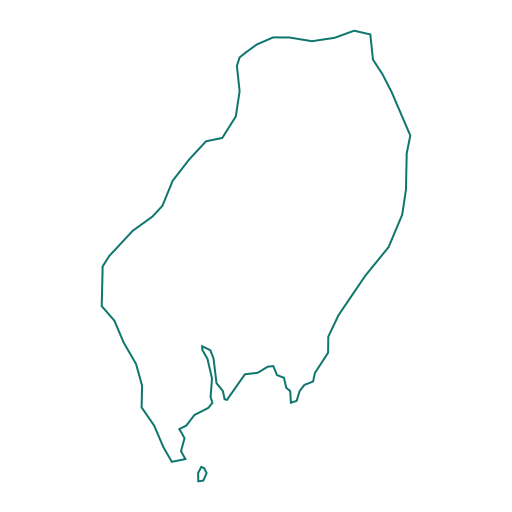 Hamhung City, Hamgyŏng-namdo, North Korea (orthographic projection)
{"feature_id": "82179303B86824596043159", "entity_name": "Hamhung City", "entity_type": "district", "adm_level": 2, "iso_a3": "PRK", "parent_name": "North Korea", "parent_adm1": "Hamgyŏng-namdo", "projection": "orthographic", "projection_center": [127.611, 39.908], "detail": "fine", "context": "isolated", "style": "outline", "palette": "teal", "viewbox_px": 512, "rotation_deg": 0, "n_neighbors": 0, "source": "geoboundaries", "source_scale": "gbopen_adm2", "svg_char_len": 1217}
<svg xmlns="http://www.w3.org/2000/svg" viewBox="0 0 512 512"><path d="M406.5,163.9L406.7,153.5L410.3,135.5L401.0,113.9L391.7,92.2L382.4,74.1L373.0,59.7L370.3,34.4L364.9,33.2L354.2,30.7L334.6,37.8L311.9,41.2L289.3,37.5L273.1,37.4L256.8,44.5L246.9,51.6L239.6,57.4L236.9,65.9L239.6,91.2L235.8,116.4L222.3,137.9L206.0,141.3L189.4,159.2L172.7,180.7L162.4,205.8L152.5,216.5L132.7,230.8L119.4,245.1L109.4,255.8L102.6,266.5L102.5,273.7L101.7,306.1L114.4,320.7L123.6,342.4L136.1,364.1L142.1,385.7L141.6,407.4L154.1,425.5L163.4,447.2L171.8,461.8L185.4,459.1L181.0,451.2L184.5,438.3L182.4,434.3L179.3,429.1L186.3,425.6L194.4,415.0L208.3,407.9L212.4,402.8L210.6,397.0L212.0,378.4L207.5,359.0L202.3,349.8L202.2,346.3L210.3,350.2L213.5,358.3L216.5,383.1L222.9,391.1L224.6,399.2L227.0,399.9L228.7,397.4L244.9,374.3L257.7,372.8L267.7,366.7L273.3,366.1L277.0,375.1L284.0,377.8L286.2,387.7L290.2,391.1L290.9,402.7L296.6,400.9L299.7,391.0L304.4,384.9L313.1,381.5L314.9,373.0L324.6,358.1L328.1,352.7L328.3,336.7L338.5,315.2L365.3,275.7L388.6,247.1L402.2,214.7L406.0,189.5L406.3,171.5L406.5,163.9ZM203.3,480.6L206.6,473.1L204.2,468.2L201.3,466.9L198.1,473.0L198.3,481.3L203.3,480.6Z" fill="none" stroke="#0f766e" stroke-width="2"/></svg>